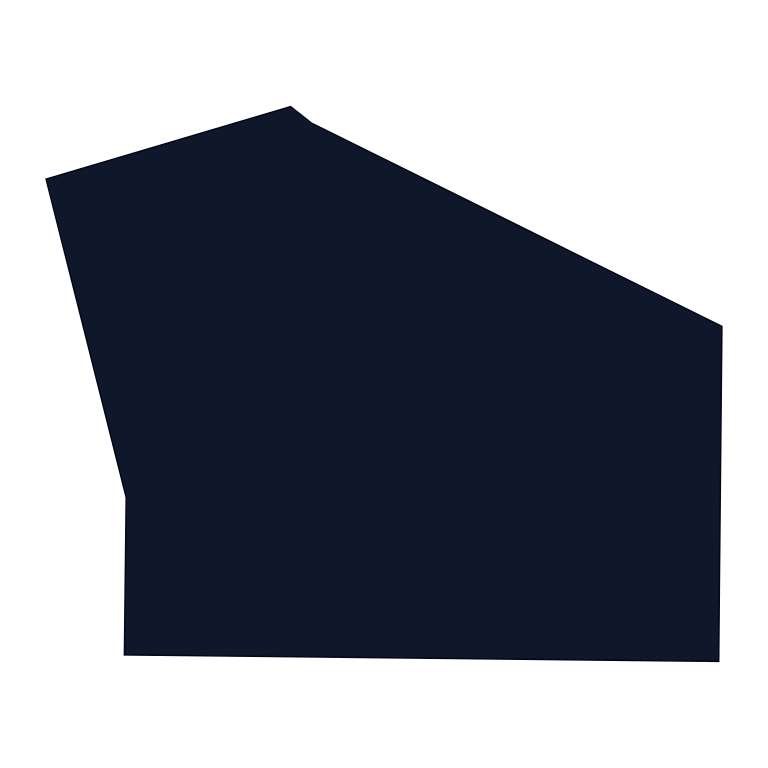 Coober Pedy, South Australia, Australia
{"feature_id": "25037944B54111637534658", "entity_name": "Coober Pedy", "entity_type": "district", "adm_level": 2, "iso_a3": "AUS", "parent_name": "Australia", "parent_adm1": "South Australia", "projection": "robinson", "projection_center": [134.769, -29.011], "detail": "fine", "context": "isolated", "style": "filled", "palette": "ink", "viewbox_px": 768, "rotation_deg": 0, "n_neighbors": 0, "source": "geoboundaries", "source_scale": "gbopen_adm2", "svg_char_len": 358}
<svg xmlns="http://www.w3.org/2000/svg" viewBox="0 0 768 768"><path d="M590.9,261.6L461.2,197.2L311.4,123.1L290.6,106.6L46.1,179.1L86.6,339.9L126.2,497.4L124.4,654.9L500.1,659.0L553.2,659.6L625.7,660.4L700.9,661.2L707.3,661.2L709.5,661.3L718.7,661.4L719.6,561.7L721.9,326.4L627.1,279.5L590.9,261.6Z" fill="#0f172a" stroke="#020617" stroke-width="1.5"/></svg>